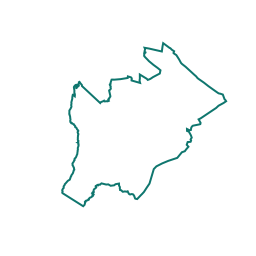 the district of Ketu North, Volta, Ghana, rotated 213°
{"feature_id": "2480657B52907018957478", "entity_name": "Ketu North", "entity_type": "district", "adm_level": 2, "iso_a3": "GHA", "parent_name": "Ghana", "parent_adm1": "Volta", "projection": "mercator", "projection_center": [0.996, 6.191], "detail": "fine", "context": "isolated", "style": "outline", "palette": "teal", "viewbox_px": 256, "rotation_deg": 213, "n_neighbors": 0, "source": "geoboundaries", "source_scale": "gbopen_adm2", "svg_char_len": 5569}
<svg xmlns="http://www.w3.org/2000/svg" viewBox="0 0 256 256"><g transform="rotate(213 128 128)"><path d="M194.6,140.4L194.0,139.9L194.1,139.6L193.9,139.4L193.5,139.3L193.4,139.2L193.5,138.8L193.6,138.6L193.7,138.3L192.3,136.7L192.9,134.4L192.9,133.5L193.1,133.3L193.4,133.4L193.6,133.7L193.9,134.7L194.1,135.6L194.3,136.0L194.5,136.3L194.9,136.1L195.3,135.6L195.5,135.1L195.7,134.0L195.7,133.1L195.5,132.6L194.4,131.4L193.4,130.3L193.2,130.0L192.5,128.8L192.1,128.3L191.1,127.5L190.4,126.6L189.9,125.6L190.7,125.7L191.3,126.0L191.8,126.2L192.1,126.2L192.4,125.9L192.3,125.4L192.1,125.1L191.6,123.8L191.0,122.7L190.7,122.3L189.5,118.7L188.5,117.4L188.3,116.6L188.1,116.2L187.9,116.0L187.5,115.7L187.3,115.4L187.0,115.0L186.9,114.4L186.9,114.0L186.7,113.2L186.7,111.1L186.6,110.5L185.9,109.6L185.6,109.0L185.3,108.6L185.1,108.1L184.8,107.9L184.7,107.6L184.1,107.3L183.9,106.9L183.2,106.5L182.3,105.5L181.7,104.6L181.3,104.3L180.8,103.7L180.7,103.5L180.5,102.8L180.3,102.4L180.0,102.1L179.7,101.9L179.5,101.6L179.3,101.6L179.1,101.7L178.9,101.6L178.7,101.4L178.4,101.5L178.2,101.3L177.9,101.5L177.7,101.3L177.4,101.5L177.0,101.4L176.5,101.5L175.9,101.4L175.4,101.6L175.2,101.4L175.0,101.2L174.5,101.2L173.3,100.8L172.9,100.1L172.7,100.0L172.4,100.0L172.1,100.1L171.8,100.1L171.0,99.9L170.7,99.6L170.3,99.4L169.9,99.1L169.3,99.1L168.8,98.8L168.4,98.6L168.1,98.5L168.1,98.3L168.1,97.9L168.1,97.4L167.9,97.0L167.7,96.7L167.2,96.5L166.8,96.0L166.4,96.0L166.3,95.9L166.1,95.4L165.9,94.8L165.8,94.3L165.5,93.9L164.9,92.7L164.4,92.0L163.8,90.9L163.5,90.6L163.2,90.4L162.7,90.3L162.5,90.1L162.4,89.6L162.5,89.4L162.4,89.2L162.0,89.0L161.8,88.7L161.7,88.6L162.0,88.3L161.8,88.3L161.5,88.3L161.1,87.9L160.9,87.4L160.5,87.2L160.3,87.0L160.3,86.7L160.2,86.6L159.9,86.3L159.7,85.8L159.5,84.9L159.4,84.4L159.3,84.1L158.9,83.4L158.3,82.7L158.0,81.7L157.7,81.4L157.3,80.4L156.5,78.8L156.2,78.1L156.2,77.3L155.9,76.3L155.7,75.1L155.7,74.5L156.0,73.7L156.0,72.9L155.9,72.6L155.5,72.4L155.3,72.1L155.4,71.1L155.2,70.3L155.2,69.5L155.3,68.7L155.2,68.2L155.2,67.9L154.8,67.6L154.4,66.7L153.4,66.2L153.1,66.1L152.5,65.6L151.8,65.3L151.4,64.8L151.2,64.6L150.4,63.9L150.3,63.6L150.5,63.2L150.4,62.7L149.9,61.5L149.9,61.0L149.6,60.1L149.6,59.4L149.7,57.7L149.6,57.1L149.4,56.7L149.5,56.2L148.7,53.0L149.7,50.9L150.2,47.3L150.4,46.4L150.1,45.7L150.1,45.2L150.2,44.3L150.0,43.6L149.6,43.2L149.4,42.9L149.3,42.7L149.3,42.4L149.5,41.7L149.4,40.4L149.3,40.0L148.9,39.6L148.4,39.4L148.1,38.2L147.5,37.7L123.0,38.0L122.6,39.9L123.2,41.8L123.9,42.5L123.9,42.9L123.7,43.0L123.6,42.9L123.4,43.0L123.5,43.7L123.7,43.9L123.7,44.0L123.4,44.4L123.1,44.6L123.0,44.9L122.5,45.4L122.4,45.7L122.4,46.0L122.0,46.2L121.8,46.7L121.9,46.9L122.3,47.3L122.0,48.8L121.4,49.5L120.5,51.6L120.5,51.9L121.1,51.9L121.4,52.6L120.8,53.4L121.1,53.5L121.4,54.1L122.6,53.9L122.6,54.9L122.3,55.2L122.1,55.4L122.0,55.7L121.9,55.8L122.8,56.8L122.9,57.0L123.1,57.8L123.0,58.5L122.4,60.0L122.3,61.0L122.6,61.5L122.9,61.5L123.2,61.5L123.4,61.5L123.5,61.7L123.5,61.8L122.9,62.6L122.9,63.0L122.5,63.8L122.1,64.1L121.7,63.9L121.4,64.8L120.5,65.4L120.5,65.8L120.1,67.1L115.5,68.7L113.8,70.0L111.1,70.1L108.4,72.4L107.9,74.0L105.3,76.5L104.9,76.0L104.6,75.4L104.1,74.8L102.6,74.0L102.0,72.9L101.2,72.1L100.9,71.9L100.8,71.7L99.7,72.1L99.0,71.9L98.2,71.8L98.0,71.7L97.8,71.7L97.6,71.7L96.1,73.1L95.2,73.5L94.7,73.8L94.3,73.9L93.8,74.7L91.5,73.3L91.3,73.3L90.2,73.3L89.8,73.6L89.4,74.2L88.9,74.6L88.3,74.9L87.4,75.1L87.0,75.0L86.5,74.6L85.8,74.4L84.0,73.0L83.7,72.8L83.4,72.7L81.6,73.4L80.6,78.8L80.3,80.1L79.8,83.0L79.8,84.3L79.8,88.0L79.7,93.1L84.0,107.6L83.3,111.3L80.0,117.0L76.3,122.4L70.4,129.8L69.6,137.0L67.7,139.5L67.6,141.6L67.2,144.5L67.1,145.2L69.6,145.9L70.3,148.7L68.0,150.5L68.2,151.8L69.3,152.5L69.3,154.6L70.8,155.8L71.9,156.5L75.0,158.1L76.9,157.7L78.0,159.3L75.3,159.6L74.2,160.5L75.1,162.7L75.1,163.0L75.2,163.7L75.1,164.4L74.9,165.0L74.8,165.3L70.4,169.6L69.5,170.6L69.6,171.1L69.9,171.6L70.0,171.9L73.5,173.7L72.4,175.5L65.0,192.8L64.2,196.0L61.5,201.0L60.3,203.9L61.6,204.5L62.1,204.6L62.7,204.7L66.7,207.7L69.4,207.0L70.5,206.5L71.7,206.4L76.9,206.6L83.5,206.9L89.1,207.4L95.8,207.6L97.2,207.8L98.9,208.4L101.7,208.8L108.2,209.9L113.0,210.7L117.5,211.1L118.9,211.4L122.4,213.3L126.1,215.0L127.0,215.4L127.3,215.5L129.8,215.5L130.7,215.7L131.1,217.5L133.8,217.5L136.0,218.0L136.6,217.8L144.7,218.3L143.4,215.1L141.3,210.6L153.6,206.1L157.8,204.3L157.2,203.9L156.5,203.2L155.9,201.3L155.2,201.0L154.5,201.0L154.4,200.8L154.4,200.5L154.5,200.4L155.1,200.4L155.3,200.2L155.3,199.8L154.9,199.1L154.1,198.1L153.8,197.3L152.9,196.9L152.4,196.8L151.2,196.5L148.5,195.9L147.0,195.5L141.0,194.8L135.7,194.5L132.2,194.1L131.0,191.0L134.8,184.2L135.5,182.5L136.0,181.4L136.8,180.2L137.6,179.1L139.1,179.5L147.2,179.3L144.9,175.8L144.4,174.6L144.1,174.1L143.8,173.7L142.4,172.4L150.9,169.8L151.2,170.1L151.4,170.9L151.7,171.4L152.1,171.8L153.1,172.1L156.2,171.2L155.5,169.8L161.0,164.8L166.3,160.7L166.9,160.5L168.1,159.6L167.3,156.6L166.6,155.4L167.0,154.8L166.9,154.4L166.1,153.8L165.4,153.7L165.1,153.4L164.8,152.5L164.3,152.2L164.0,151.9L163.8,151.4L163.8,150.9L163.9,150.4L164.0,149.9L164.2,149.7L164.2,149.1L160.3,145.3L160.1,145.0L159.9,144.7L160.0,143.8L159.9,143.3L160.1,142.5L160.1,142.4L159.8,142.1L160.0,141.7L159.9,141.5L160.1,141.3L160.1,141.1L160.0,140.9L158.9,140.3L159.5,139.4L159.9,139.1L160.7,138.7L162.0,137.6L162.6,137.5L163.0,137.8L163.4,137.0L163.5,136.8L164.8,135.0L164.9,134.7L164.9,133.8L189.4,138.1L190.2,139.0L192.0,139.5L193.6,140.2L194.6,140.4Z" fill="none" stroke="#0f766e" stroke-width="2"/></g></svg>